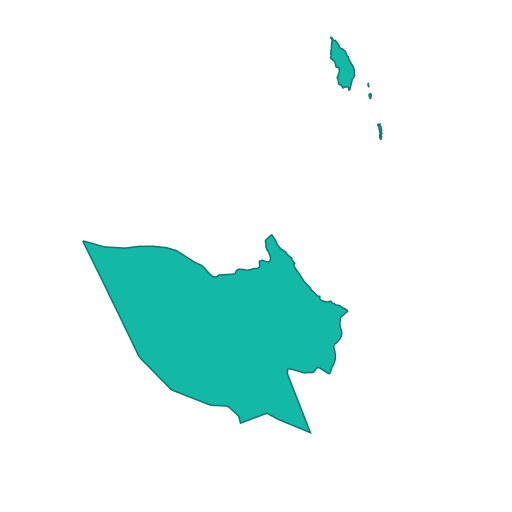 the border of Hadramawt, rotated 252°
{"feature_id": "YEM-3497", "entity_name": "Hadramawt", "entity_type": "Governorate", "adm_level": 1, "iso_a3": "YEM", "parent_name": "Yemen", "parent_adm1": "", "projection": "orthographic", "projection_center": [51.058, 15.554], "detail": "fine", "context": "isolated", "style": "filled", "palette": "teal", "viewbox_px": 512, "rotation_deg": 252, "n_neighbors": 0, "source": "natural_earth", "source_scale": "10m", "svg_char_len": 4907}
<svg xmlns="http://www.w3.org/2000/svg" viewBox="0 0 512 512"><g transform="rotate(252 256 256)"><path d="M323.2,96.0L323.5,96.7L311.5,114.6L304.0,133.8L301.3,147.7L297.1,161.0L291.7,173.2L285.9,181.8L268.0,196.6L264.6,200.7L260.9,203.1L253.1,206.4L251.2,207.6L250.1,208.5L249.2,209.7L248.4,211.5L248.5,212.5L249.0,213.5L249.3,215.2L245.8,228.7L245.7,230.4L246.4,231.3L247.0,232.0L248.0,232.5L248.5,233.8L248.8,235.4L247.0,240.1L246.3,241.4L245.5,242.3L245.1,243.9L245.1,245.1L244.7,246.4L244.7,247.7L244.9,248.8L244.9,249.6L244.5,250.6L244.2,251.8L243.8,253.6L244.2,255.2L245.0,256.3L246.4,256.7L247.7,256.9L249.5,257.4L250.0,257.9L250.2,258.8L250.0,260.7L249.5,261.4L248.8,261.9L248.0,263.4L247.3,264.3L246.8,265.1L246.6,265.9L246.6,266.8L246.9,267.5L247.6,268.3L250.4,269.3L252.7,269.4L256.2,269.1L257.3,268.8L258.3,268.4L261.3,268.2L264.3,269.1L266.8,269.4L267.8,269.9L268.6,271.1L269.0,272.0L269.5,272.9L269.9,274.1L270.3,274.9L270.7,275.7L271.0,276.4L271.1,277.3L271.2,277.6L264.8,279.4L260.0,279.8L255.7,281.6L254.5,282.3L251.1,285.2L250.4,285.6L248.6,285.9L246.0,287.3L243.1,289.3L242.4,289.4L241.6,289.0L240.5,289.3L238.6,290.1L237.7,290.4L237.3,290.4L236.9,290.5L236.6,289.5L236.3,289.0L235.9,289.0L235.3,289.2L232.4,289.5L225.9,291.6L216.0,294.1L210.6,297.0L208.7,297.8L206.7,298.1L205.7,298.6L204.0,299.8L200.2,301.5L198.4,302.8L198.0,304.2L197.6,304.2L196.9,303.8L196.0,303.5L195.0,303.6L194.0,304.1L193.3,304.7L191.1,307.9L190.2,309.6L189.8,311.5L190.1,311.7L190.1,312.3L190.0,312.8L189.9,313.1L189.4,313.5L187.5,314.2L187.1,314.5L186.8,315.6L186.2,316.0L185.4,316.2L184.6,316.5L184.4,316.9L184.3,317.3L184.3,318.3L184.1,318.5L183.8,318.8L183.5,319.1L183.0,320.4L182.2,320.9L180.5,321.6L177.8,324.9L177.0,325.4L176.7,325.5L176.2,325.9L175.9,326.1L175.6,326.1L175.3,326.1L174.8,326.0L174.8,325.7L174.7,325.0L174.4,324.1L173.2,321.8L172.9,321.1L172.8,320.3L172.4,319.4L171.8,318.3L170.8,317.2L166.7,315.2L162.8,314.2L159.4,314.2L156.4,313.9L153.1,312.2L150.9,309.9L150.3,308.6L149.2,307.1L148.7,305.7L147.9,303.8L147.0,302.8L145.9,302.1L144.8,301.7L141.4,301.6L136.8,300.8L133.3,299.5L129.9,297.2L126.8,294.0L121.8,290.4L121.5,289.2L122.6,287.9L130.0,281.8L130.7,280.4L130.7,279.1L128.8,276.5L127.8,275.3L127.8,274.2L127.9,272.9L129.3,268.9L129.3,267.8L129.8,266.2L130.9,263.9L132.9,261.6L138.8,252.5L138.3,251.0L134.3,249.5L71.1,253.2L93.7,226.7L103.1,217.7L101.8,189.6L107.7,190.0L109.1,189.8L110.4,189.3L116.0,186.2L121.1,183.3L121.1,183.2L122.5,181.5L125.6,173.3L127.8,167.5L128.6,166.1L133.0,160.8L139.7,152.6L146.9,143.8L151.0,138.9L154.5,134.6L155.5,133.9L161.2,131.1L168.8,127.2L177.4,123.0L185.0,119.2L191.4,116.0L193.3,115.0L197.5,113.5L203.2,112.8L210.2,111.8L217.3,110.9L224.4,109.9L231.5,108.9L238.5,108.0L245.6,107.0L252.7,106.0L259.7,105.0L266.8,104.0L273.9,103.1L280.9,102.1L288.0,101.1L295.1,100.0L302.1,99.0L309.2,98.0L316.2,97.0L323.2,96.0ZM437.7,395.2L438.9,395.1L439.8,394.5L440.3,394.6L440.9,394.9L440.3,395.5L439.0,395.9L438.0,396.2L437.1,396.4L436.6,396.8L436.6,398.0L434.7,398.8L433.1,399.2L431.3,400.0L429.3,399.8L427.6,400.5L427.2,400.9L426.4,402.1L426.0,402.4L424.8,402.9L423.5,404.0L422.8,404.4L421.5,404.3L419.4,404.5L418.6,404.4L417.9,404.6L416.8,405.5L415.8,405.2L415.1,405.0L413.7,405.3L411.8,405.6L406.3,406.8L404.3,407.0L401.6,406.8L399.1,406.0L397.0,405.5L396.1,404.6L395.3,403.7L394.6,402.8L393.9,401.8L392.8,401.4L390.9,400.1L386.1,397.2L385.0,396.2L384.9,395.9L385.3,395.6L386.5,396.0L387.4,395.8L388.4,395.3L388.6,395.1L388.7,394.7L389.1,393.8L389.2,393.4L388.9,390.6L389.5,390.4L390.3,390.2L392.2,389.9L392.6,389.2L393.1,388.5L393.6,388.0L394.4,387.9L396.9,388.3L398.4,388.5L399.5,388.4L400.6,388.3L402.4,389.9L405.5,392.2L407.6,392.7L409.3,393.1L410.2,391.9L410.7,390.8L411.9,390.5L412.8,390.6L413.6,391.0L415.1,390.8L416.7,390.8L418.3,389.8L418.9,389.6L420.0,388.9L420.5,388.3L421.7,388.1L422.3,388.7L422.9,389.2L423.9,389.8L424.6,389.6L425.2,389.3L425.4,389.4L425.9,389.9L426.2,390.3L427.1,390.4L428.1,390.5L428.5,391.3L429.2,391.5L430.8,392.2L432.7,392.6L434.5,393.6L435.5,393.9L437.7,395.2ZM338.7,412.3L340.1,412.8L342.6,412.2L343.2,412.4L343.3,412.4L343.5,412.9L342.9,413.1L342.4,413.6L342.8,413.9L343.2,414.6L341.9,414.4L341.4,414.5L340.6,414.8L338.5,414.4L336.5,414.3L336.2,413.9L335.7,413.2L335.4,413.2L335.2,413.2L334.2,413.5L333.7,413.6L333.5,413.4L333.0,412.7L332.9,412.4L332.7,412.5L331.7,412.1L331.1,412.2L330.6,412.4L330.3,412.2L330.1,412.0L328.6,411.3L328.4,410.7L329.1,410.5L329.8,410.4L330.9,410.4L332.2,410.7L333.7,411.7L334.6,412.0L335.4,412.0L336.7,412.2L338.7,412.3ZM373.5,413.2L374.2,413.2L374.8,413.7L375.0,414.4L375.0,415.1L374.3,415.3L373.6,415.4L372.3,414.8L371.4,414.1L370.4,413.8L370.5,413.3L371.2,413.1L371.8,413.2L372.3,413.0L372.8,412.9L373.5,413.2ZM382.4,415.6L383.3,415.2L384.1,415.3L384.6,415.6L385.1,415.7L385.2,416.0L383.7,415.9L383.0,415.9L382.4,415.6Z" fill="#14b8a6" stroke="#0f766e" stroke-width="1.5"/></g></svg>